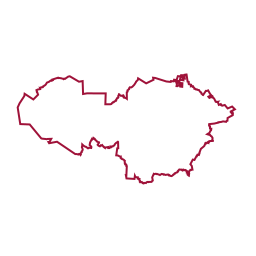 Pinos, Zacatecas, Mexico, rotated 265°
{"feature_id": "50627088B58553371537", "entity_name": "Pinos", "entity_type": "district", "adm_level": 2, "iso_a3": "MEX", "parent_name": "Mexico", "parent_adm1": "Zacatecas", "projection": "albers", "projection_center": [-101.589, 22.273], "detail": "fine", "context": "isolated", "style": "outline", "palette": "rose", "viewbox_px": 256, "rotation_deg": 265, "n_neighbors": 0, "source": "geoboundaries", "source_scale": "gbopen_adm2", "svg_char_len": 5831}
<svg xmlns="http://www.w3.org/2000/svg" viewBox="0 0 256 256"><g transform="rotate(265 128 128)"><path d="M140.3,233.6L138.8,229.0L142.5,226.4L142.0,223.7L143.0,223.0L142.9,222.6L143.7,222.4L143.1,220.5L146.1,219.7L146.3,219.9L146.2,218.3L146.6,218.1L146.6,217.6L149.5,216.5L151.1,215.4L151.0,214.9L152.1,214.8L150.9,211.7L151.8,211.0L152.2,210.8L153.4,213.8L154.9,212.7L158.5,211.1L158.0,209.7L158.2,208.8L154.3,205.7L154.5,205.3L155.0,205.1L155.9,204.1L156.5,204.2L157.1,203.9L157.9,202.9L159.6,202.0L160.0,200.3L160.5,200.0L160.5,199.3L160.8,198.9L160.7,198.6L161.3,198.1L161.3,197.6L162.0,197.6L162.7,196.9L163.1,196.8L163.2,196.3L164.1,196.2L164.0,194.3L165.6,194.6L166.3,192.5L166.8,192.2L167.5,192.5L168.3,192.3L168.2,192.5L168.7,192.5L169.0,191.4L176.0,191.0L175.9,190.3L176.2,190.3L176.1,189.1L175.5,189.2L175.6,188.6L172.2,188.9L172.3,187.1L170.7,187.3L171.5,183.9L173.5,184.7L173.8,184.6L173.5,186.9L175.9,186.5L176.0,185.4L174.9,184.7L175.3,182.2L170.9,180.3L170.2,183.4L168.6,182.6L167.9,186.1L164.3,185.6L164.7,183.7L167.0,184.0L167.3,182.8L165.7,182.6L166.0,180.9L165.4,180.7L165.5,180.0L168.9,180.9L169.1,180.1L169.8,180.4L170.1,180.0L170.3,180.1L170.9,178.5L171.9,179.0L172.1,178.1L170.5,177.5L171.0,174.9L170.2,174.6L170.3,173.9L171.0,170.3L175.5,159.4L175.9,157.4L173.8,157.6L170.9,150.0L176.6,142.4L174.9,141.9L173.5,140.1L173.1,140.0L170.5,138.0L168.7,135.9L168.1,134.6L168.4,133.4L167.5,132.6L166.7,132.5L166.6,132.1L166.2,131.9L165.5,130.7L164.4,130.8L164.0,130.5L163.7,129.9L157.2,129.4L158.0,128.5L158.2,127.8L158.4,127.6L158.7,126.4L159.0,126.3L159.5,126.8L161.0,126.2L161.0,125.9L160.4,124.9L160.8,124.2L160.8,123.4L161.6,122.7L162.3,122.3L162.4,121.9L161.4,121.6L160.7,121.0L159.4,121.1L158.8,120.6L158.7,119.7L158.3,119.4L157.0,118.9L156.4,118.5L156.7,118.2L155.8,117.4L155.5,116.5L155.2,116.4L155.0,115.4L154.7,115.4L154.4,114.4L153.7,113.9L153.3,113.3L153.2,112.5L153.6,107.5L164.4,108.8L166.1,90.1L165.8,86.2L178.7,86.9L178.4,83.2L184.6,74.5L184.4,72.9L182.6,69.8L182.8,69.7L182.7,69.2L182.3,68.2L182.7,68.0L182.8,67.1L183.3,66.0L183.8,64.0L183.8,62.9L184.2,62.7L182.9,57.0L182.2,57.3L181.8,56.3L181.7,55.9L182.1,55.4L182.0,55.1L180.8,53.1L180.3,51.2L178.5,49.9L177.8,49.1L177.6,48.4L177.2,48.0L176.9,47.1L176.4,47.0L176.1,46.7L176.0,45.9L176.2,45.1L175.5,44.3L175.1,44.1L175.3,43.8L174.4,43.9L174.2,41.4L173.7,40.1L172.3,40.5L172.1,40.3L171.6,40.4L171.5,40.7L169.0,41.3L164.7,36.2L171.1,28.0L168.9,27.5L162.0,22.1L158.1,19.9L141.3,21.0L140.1,30.4L125.3,40.6L124.9,41.4L124.2,45.1L123.9,45.9L124.1,46.7L123.9,50.6L121.1,48.7L121.0,47.5L119.7,48.1L120.5,56.1L106.6,73.2L106.5,74.7L105.9,76.2L106.4,76.8L106.5,77.1L106.1,77.7L105.2,78.3L105.6,78.6L105.8,78.4L106.3,78.4L107.4,79.1L107.9,79.8L108.7,79.7L109.4,80.6L110.5,81.0L111.7,80.8L112.7,80.4L113.4,80.5L114.0,80.8L115.6,81.0L113.8,82.6L113.8,82.8L113.2,83.6L112.9,84.6L112.4,84.9L112.1,85.5L111.3,86.2L111.3,86.9L111.8,87.5L111.3,89.6L111.8,89.8L112.7,89.8L114.4,88.3L116.9,89.0L119.6,90.7L119.2,90.8L120.1,92.0L121.2,92.6L120.2,93.8L119.9,93.6L119.7,93.7L118.2,95.3L117.3,95.7L117.2,96.2L116.1,97.5L116.2,97.8L115.9,97.9L113.9,96.3L113.0,97.0L112.2,98.4L113.1,99.4L112.8,99.7L113.3,100.8L113.1,100.9L112.9,100.6L112.2,101.5L111.4,102.3L111.1,102.2L110.1,103.4L110.6,103.6L110.6,104.7L110.8,106.7L109.7,106.6L109.6,107.8L110.3,108.6L110.3,109.2L111.1,109.1L110.9,111.1L111.5,111.7L111.5,112.2L112.1,113.0L113.0,113.5L114.0,114.6L115.2,116.7L115.0,116.9L108.7,116.5L108.7,115.5L101.8,113.9L101.5,115.5L100.2,117.6L100.2,118.3L98.8,118.1L98.3,118.9L98.0,118.8L97.5,119.4L97.1,120.5L96.5,121.2L95.5,122.0L95.1,121.7L94.1,121.8L93.3,121.7L93.0,122.1L92.2,122.0L92.2,122.5L91.7,123.1L90.4,122.9L90.1,123.5L80.7,122.2L80.9,121.8L77.9,122.1L76.7,130.0L79.8,130.7L78.4,131.2L78.0,133.5L76.9,133.3L76.8,133.7L76.5,133.6L76.1,134.3L76.5,134.4L76.3,135.0L75.9,134.9L75.8,134.7L75.1,134.8L75.0,135.0L74.3,135.4L73.4,135.0L72.9,135.3L73.0,137.1L72.0,137.6L72.0,138.0L71.6,138.2L71.4,138.8L71.9,139.3L71.8,140.0L71.9,140.3L71.6,141.1L72.4,142.0L72.6,142.7L72.3,143.8L72.5,144.2L72.4,144.5L72.3,146.8L73.3,147.6L73.5,148.1L76.7,147.8L80.1,149.7L79.7,150.3L80.0,151.5L79.8,152.3L79.6,152.5L79.7,152.9L78.6,155.3L78.7,155.9L78.5,156.0L79.3,157.5L79.0,158.7L78.4,159.3L78.4,160.0L78.6,160.1L78.0,161.1L78.2,163.9L77.9,164.5L77.5,164.3L77.2,164.5L77.0,164.9L77.0,165.7L76.6,166.1L76.3,167.0L76.4,167.5L77.2,168.8L77.5,168.9L77.7,169.6L78.3,170.0L78.3,170.4L78.5,170.4L78.8,170.9L79.0,171.0L79.5,173.1L79.9,173.6L80.0,173.4L80.5,173.6L82.2,175.5L81.9,176.4L82.0,176.9L81.9,177.6L81.3,178.0L80.9,178.6L81.2,178.9L81.6,178.8L81.8,179.3L81.2,179.9L81.4,180.2L81.0,180.9L81.1,181.5L80.6,181.7L80.6,182.0L80.4,182.0L80.2,182.5L80.1,182.8L79.4,183.0L78.5,182.7L78.4,183.0L77.5,183.4L77.1,183.2L76.2,183.4L76.0,183.9L75.4,184.2L75.2,184.5L77.5,185.0L79.4,184.8L79.4,185.1L80.4,186.2L80.6,186.3L80.6,186.8L80.9,186.8L80.9,188.6L84.7,188.2L86.5,187.0L90.9,189.8L90.4,191.4L94.2,193.9L94.0,194.2L95.3,194.9L95.1,195.4L95.3,195.6L95.0,196.3L96.1,196.8L96.1,196.6L97.2,197.0L100.9,198.8L103.1,202.0L103.8,202.7L104.1,202.7L105.0,203.3L105.9,203.6L105.8,203.9L106.3,204.2L105.9,204.9L106.5,205.5L106.2,206.3L106.9,206.1L107.3,206.8L106.9,206.9L107.3,207.5L107.0,207.6L107.9,208.5L107.7,211.4L108.2,211.5L108.9,210.9L110.6,211.4L112.3,210.6L112.8,209.8L113.2,209.7L113.5,209.3L114.0,209.1L114.3,207.8L114.9,206.4L115.3,207.1L116.0,208.7L117.8,209.7L118.4,210.5L119.3,210.8L120.0,210.9L120.1,209.7L120.3,209.6L121.9,209.8L121.9,209.6L123.0,209.2L123.1,209.5L124.2,209.5L124.3,209.1L124.8,209.2L124.9,214.3L125.5,218.5L125.8,218.5L125.9,219.4L125.9,221.3L126.3,223.3L125.6,226.3L126.4,226.8L126.6,227.7L129.3,228.1L131.7,233.5L133.7,233.8L133.8,233.6L133.3,232.9L134.9,231.8L135.4,232.9L135.8,232.5L137.3,236.1L140.3,233.6Z" fill="none" stroke="#9f1239" stroke-width="2"/></g></svg>